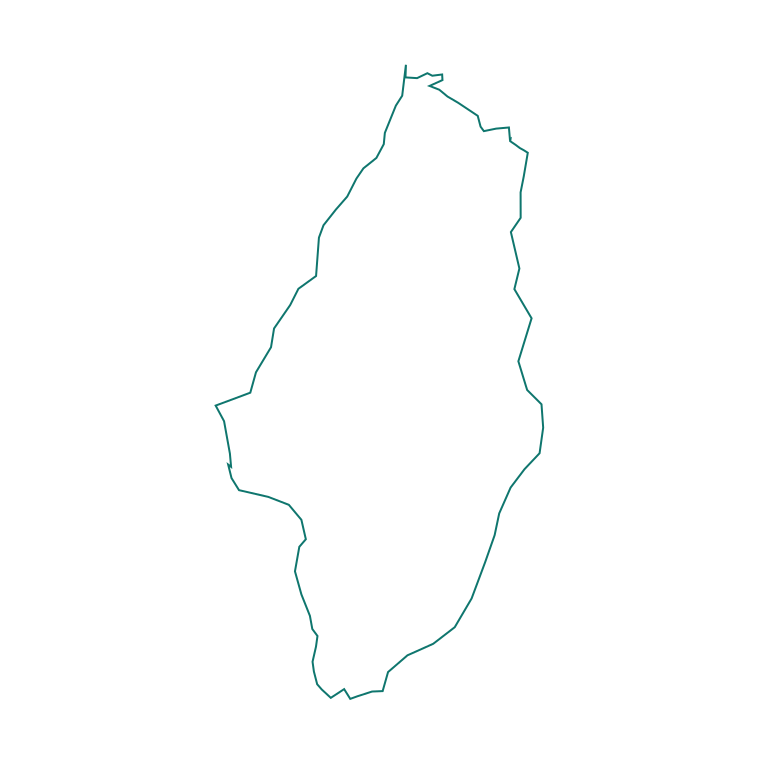 Lageia, Larnaca, Cyprus (Natural Earth projection), rotated 8°
{"feature_id": "46923920B26472035314494", "entity_name": "Lageia", "entity_type": "district", "adm_level": 2, "iso_a3": "CYP", "parent_name": "Cyprus", "parent_adm1": "Larnaca", "projection": "natural_earth1", "projection_center": [33.242, 34.839], "detail": "fine", "context": "isolated", "style": "outline", "palette": "teal", "viewbox_px": 768, "rotation_deg": 8, "n_neighbors": 0, "source": "geoboundaries", "source_scale": "gbopen_adm2", "svg_char_len": 1278}
<svg xmlns="http://www.w3.org/2000/svg" viewBox="0 0 768 768"><g transform="rotate(8 384 384)"><path d="M361.3,65.8L361.9,96.0L357.0,106.7L349.9,135.2L350.4,146.5L345.0,161.2L333.6,173.3L328.1,184.4L321.5,203.5L312.1,217.9L302.0,235.2L299.2,248.1L301.7,286.5L286.0,301.6L280.1,318.9L267.4,344.3L267.0,363.3L255.6,390.2L252.8,411.2L220.3,428.8L230.8,443.1L241.1,474.4L244.1,487.3L240.9,485.5L246.1,498.4L255.2,509.3L285.1,511.9L306.6,516.9L321.1,530.0L328.2,548.6L322.8,557.0L321.9,581.9L331.5,603.9L342.9,623.9L347.1,636.6L353.2,642.8L353.2,653.6L351.9,669.0L354.6,678.5L359.6,690.6L364.9,695.2L375.0,702.2L387.0,691.7L394.4,700.5L401.2,696.9L415.0,690.2L425.4,688.3L428.1,668.7L445.0,649.4L468.9,634.4L487.9,615.0L500.6,584.2L509.0,546.2L514.6,518.3L516.1,496.1L523.8,468.9L535.0,448.8L547.7,430.9L547.7,405.1L542.8,382.2L526.6,370.0L524.7,366.0L513.9,342.8L521.0,298.4L499.9,271.9L502.0,250.8L488.5,215.9L496.2,200.4L492.6,175.2L493.5,159.1L494.2,135.0L489.8,133.0L485.6,131.4L481.1,128.9L475.2,126.0L475.2,123.5L474.6,124.0L472.0,112.6L459.5,115.5L447.7,119.7L443.8,115.7L439.5,105.4L418.3,95.2L406.9,90.5L397.8,84.9L387.6,82.5L399.6,74.9L398.5,69.4L388.9,72.0L383.7,70.2L374.2,76.5L362.6,77.4L361.4,65.8L361.3,65.8Z" fill="none" stroke="#0f766e" stroke-width="2"/></g></svg>